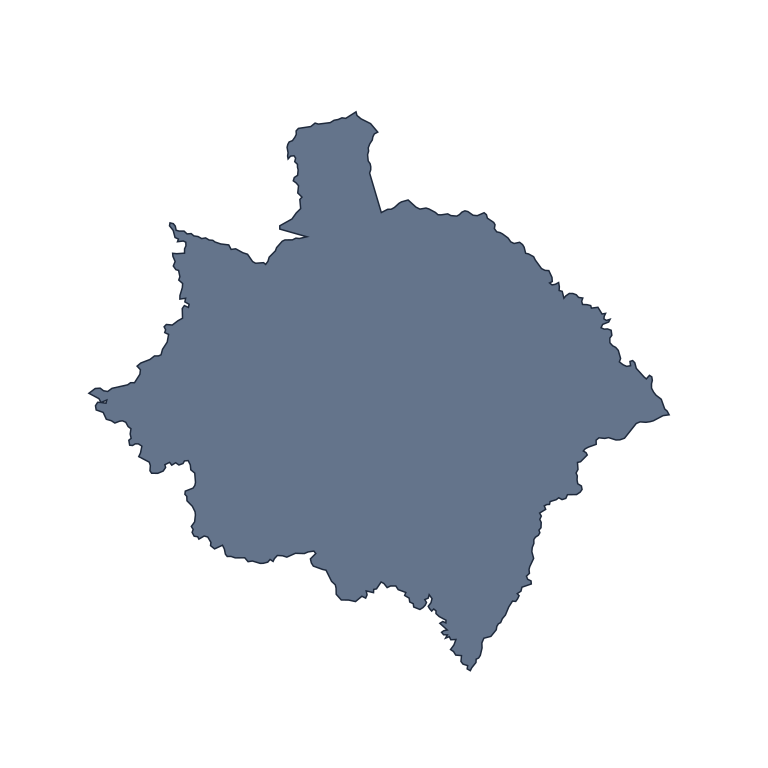 Recursolândia, Tocantins, Brazil (Albers equal-area conic projection), rotated 104°
{"feature_id": "56859067B91371942486930", "entity_name": "Recursolândia", "entity_type": "district", "adm_level": 2, "iso_a3": "BRA", "parent_name": "Brazil", "parent_adm1": "Tocantins", "projection": "albers", "projection_center": [-47.121, -8.697], "detail": "fine", "context": "isolated", "style": "filled", "palette": "slate", "viewbox_px": 768, "rotation_deg": 104, "n_neighbors": 0, "source": "geoboundaries", "source_scale": "gbopen_adm2", "svg_char_len": 6170}
<svg xmlns="http://www.w3.org/2000/svg" viewBox="0 0 768 768"><g transform="rotate(104 384 384)"><path d="M344.9,99.9L341.7,102.8L340.3,105.6L331.7,111.3L329.1,117.3L326.6,120.5L323.3,123.4L319.1,124.5L315.6,124.5L312.3,125.9L311.4,128.5L315.6,130.7L314.3,133.3L307.8,143.0L302.7,145.8L301.1,148.4L302.6,150.8L306.6,149.2L308.2,152.8L307.5,156.6L305.6,161.0L302.0,160.6L294.7,164.8L292.4,168.1L291.6,171.4L289.3,174.8L284.9,176.0L281.6,174.7L276.9,176.6L276.5,180.5L277.5,183.6L276.9,187.0L273.3,186.3L269.5,181.0L266.5,180.3L268.5,183.6L267.6,186.4L264.9,186.7L261.9,186.1L263.3,189.4L257.8,195.0L260.2,201.1L257.9,202.4L257.9,206.3L258.8,210.6L255.9,212.2L252.5,211.9L252.9,216.2L250.9,219.0L250.5,222.6L251.3,226.1L254.5,228.9L257.2,230.2L251.0,233.5L250.9,236.7L247.2,237.4L243.3,239.1L245.8,241.9L247.2,244.9L245.9,247.8L243.9,245.5L239.9,246.8L234.1,251.5L234.8,255.3L233.9,259.1L227.1,267.2L224.3,269.6L222.8,275.3L222.9,278.2L217.4,281.1L215.2,283.3L213.7,286.7L216.2,291.8L215.4,295.4L212.3,299.0L209.7,305.3L209.0,308.1L209.1,311.4L206.5,314.5L202.6,314.8L200.7,316.6L198.1,323.8L194.9,325.6L193.6,328.3L198.1,334.2L198.7,338.4L196.4,344.3L196.4,347.4L198.4,350.0L201.4,351.8L203.5,354.0L204.4,359.9L203.5,363.3L206.1,369.6L206.7,372.6L205.1,375.6L203.3,382.7L203.1,385.8L205.6,391.5L204.6,395.9L199.6,405.1L203.1,411.2L205.1,413.2L210.2,416.6L212.7,419.3L213.6,422.7L218.3,428.1L182.8,449.0L179.4,448.7L176.4,449.4L173.7,450.7L171.4,453.3L165.5,455.4L161.7,455.3L158.7,456.4L154.4,455.9L150.1,454.4L146.9,454.6L143.7,453.9L141.1,451.0L134.6,460.0L132.3,470.3L130.0,475.2L126.7,477.0L135.5,485.4L135.9,489.2L138.4,492.4L140.2,496.3L143.4,499.4L147.7,510.6L147.5,514.0L151.9,517.3L156.7,528.9L159.7,530.5L163.0,529.5L166.2,530.2L170.0,531.7L172.1,534.6L174.8,535.3L177.8,535.3L182.9,533.0L186.1,532.7L188.8,531.5L185.5,529.8L184.3,526.6L186.2,524.4L189.9,524.4L191.8,521.1L194.6,520.4L197.0,519.1L202.4,518.3L205.3,521.0L208.8,521.2L210.2,517.8L212.3,514.9L219.5,513.9L222.5,508.8L225.3,510.3L234.0,507.3L239.2,510.5L246.1,513.2L255.7,523.4L258.9,522.6L259.8,494.5L263.3,501.3L263.8,504.8L266.3,507.7L268.2,515.0L270.1,517.3L277.6,521.2L281.1,521.6L288.7,526.1L293.1,526.3L296.6,527.8L295.4,530.2L297.9,537.8L297.0,541.1L291.1,547.8L290.8,552.6L288.7,560.6L290.4,564.9L286.6,568.3L287.6,576.3L287.1,582.3L286.0,584.9L286.6,588.5L285.4,592.4L287.0,596.1L285.9,600.1L286.3,604.3L284.7,607.5L286.0,611.4L284.0,615.0L285.2,619.7L285.1,622.9L281.3,624.7L279.4,627.2L279.4,630.6L282.4,630.4L286.0,625.7L292.4,622.2L293.1,618.5L295.9,618.8L293.8,613.3L294.4,610.6L297.9,609.6L301.1,610.2L305.3,609.2L307.7,616.6L308.3,620.7L311.2,619.7L315.7,616.3L320.5,617.0L323.4,613.6L323.5,610.8L329.3,608.0L332.8,608.3L335.2,603.7L339.3,603.0L347.5,603.4L351.0,602.6L348.8,597.2L352.5,597.1L353.8,592.4L357.0,592.3L356.2,596.7L359.6,598.0L368.9,595.4L372.4,599.2L378.0,603.7L378.9,609.6L381.7,611.2L384.2,609.0L387.2,609.2L388.0,605.0L395.8,604.5L403.9,607.3L409.6,607.4L411.3,609.6L412.3,613.5L416.8,617.0L422.5,625.1L426.4,627.9L429.1,623.8L433.6,623.2L443.1,626.4L444.0,630.2L446.8,632.5L454.0,646.9L458.1,650.3L458.4,654.5L456.7,658.4L458.2,663.1L464.4,668.1L467.2,657.0L470.4,654.1L471.0,657.4L474.9,658.7L478.8,657.0L479.5,649.6L485.4,644.9L485.6,639.7L487.0,635.7L484.1,631.6L483.0,628.9L483.6,625.3L487.2,622.0L488.6,618.7L493.9,618.2L497.9,616.2L500.3,618.0L504.9,616.0L504.5,613.1L502.2,610.8L501.5,607.8L502.9,603.9L509.8,603.6L513.8,604.4L516.6,592.9L519.6,591.0L524.8,590.1L526.8,587.9L525.4,581.9L521.9,577.2L517.8,575.7L515.3,577.1L511.9,573.1L514.1,570.3L510.8,567.1L512.2,563.4L509.8,559.8L506.9,559.0L505.7,555.5L509.3,552.4L514.0,550.7L516.2,546.1L525.1,543.1L528.2,543.0L531.2,544.1L536.0,550.9L539.2,550.5L540.7,548.2L545.0,546.9L549.0,540.4L553.7,536.4L556.7,535.3L563.6,534.4L568.8,536.5L571.3,534.0L574.4,534.3L577.6,531.4L577.3,527.8L579.3,526.1L575.0,521.7L575.1,518.0L579.6,513.6L582.8,513.2L585.0,508.5L579.5,501.7L582.7,499.0L587.5,496.7L589.3,494.4L588.3,490.7L588.7,486.3L586.3,477.1L589.3,472.9L587.6,468.9L588.0,460.7L587.2,457.8L585.0,453.7L581.8,452.1L583.0,448.7L580.0,448.1L576.2,446.0L575.2,440.9L575.5,436.4L569.7,429.0L567.8,420.3L565.3,417.0L563.1,411.6L565.0,409.2L571.5,413.1L575.2,411.2L577.8,408.5L578.8,398.7L578.7,395.2L588.2,387.1L590.6,382.7L593.7,381.1L599.6,379.5L603.9,373.2L602.2,366.1L602.0,359.0L595.3,354.1L596.2,350.0L592.7,349.4L589.1,351.2L589.0,343.7L585.8,344.3L584.6,341.7L576.8,338.9L577.6,335.8L580.8,331.7L578.4,328.8L577.1,323.7L580.1,320.5L581.0,312.4L584.2,312.8L585.7,307.8L589.3,306.3L590.1,302.5L593.2,301.2L594.1,294.6L591.5,292.1L588.6,290.5L585.7,289.9L583.3,292.3L581.1,289.3L577.5,289.2L580.6,285.5L584.8,285.5L589.0,287.3L591.0,285.4L592.8,282.8L590.3,281.3L591.5,278.7L594.2,278.0L596.3,274.2L598.2,266.7L600.8,266.2L600.2,269.5L602.7,271.9L607.4,263.1L608.9,266.3L611.0,268.1L612.9,265.5L612.1,261.8L615.7,262.8L613.4,259.5L616.0,257.3L614.5,252.4L620.2,253.0L625.6,255.2L626.8,251.8L629.7,248.8L628.8,243.1L634.6,242.2L636.7,239.6L637.0,234.7L640.3,234.4L641.3,230.9L638.1,230.2L632.0,227.4L628.7,228.0L627.0,225.9L624.0,224.9L616.4,225.0L611.6,226.4L606.5,225.6L603.0,219.2L595.3,215.6L591.9,215.9L589.0,215.0L587.3,213.1L583.1,212.4L578.8,210.3L570.1,209.0L563.6,206.8L563.1,203.6L560.1,202.4L556.7,201.7L555.2,204.0L551.9,201.0L547.8,201.0L542.4,192.7L539.5,193.7L538.7,197.4L536.0,199.3L532.5,197.1L528.9,198.4L526.0,198.4L517.0,196.6L510.9,200.0L506.7,200.6L502.5,200.0L498.7,201.0L496.0,200.0L493.4,197.6L490.6,196.8L488.3,198.3L485.5,196.9L480.2,198.0L477.7,200.1L474.1,199.4L471.6,201.8L466.5,196.8L463.5,199.0L461.6,196.9L460.8,194.3L457.9,194.4L454.6,188.9L452.1,186.9L453.1,183.3L451.0,179.9L447.0,179.2L444.7,170.4L441.5,167.5L438.4,166.3L435.2,167.8L433.9,171.9L430.3,173.5L426.4,174.2L423.9,176.1L420.0,175.1L413.3,177.3L411.9,174.5L403.7,169.6L401.7,171.4L400.8,174.4L398.2,173.1L395.8,170.4L391.2,163.5L387.2,164.6L384.2,162.4L383.4,156.6L381.7,153.2L382.2,145.4L381.1,141.6L378.4,137.5L361.3,129.7L358.8,126.4L357.8,120.6L356.2,116.7L354.5,113.7L347.2,105.6L344.9,99.9ZM470.4,654.1L466.6,649.1L469.9,649.1L470.4,654.1Z" fill="#64748b" stroke="#1e293b" stroke-width="1.5"/></g></svg>